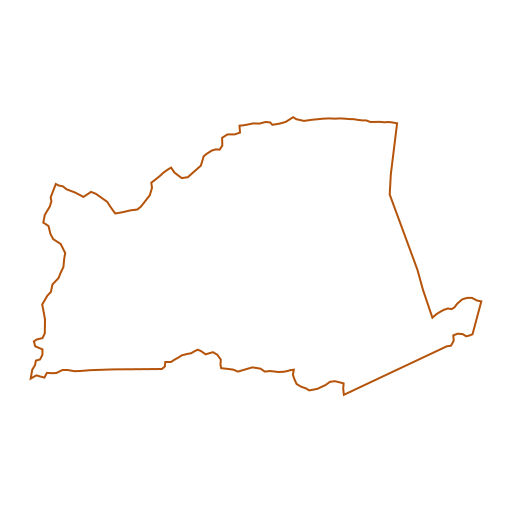 São José de Piranhas, Paraíba, Brazil (Robinson projection)
{"feature_id": "56859067B21073116856192", "entity_name": "São José de Piranhas", "entity_type": "district", "adm_level": 2, "iso_a3": "BRA", "parent_name": "Brazil", "parent_adm1": "Paraíba", "projection": "robinson", "projection_center": [-38.514, -7.094], "detail": "fine", "context": "isolated", "style": "outline", "palette": "amber", "viewbox_px": 512, "rotation_deg": 0, "n_neighbors": 0, "source": "geoboundaries", "source_scale": "gbopen_adm2", "svg_char_len": 2403}
<svg xmlns="http://www.w3.org/2000/svg" viewBox="0 0 512 512"><path d="M80.1,371.0L89.8,370.2L112.8,369.4L161.9,369.0L164.8,366.5L165.3,362.0L171.0,362.0L173.8,360.1L178.8,357.3L181.9,355.3L187.4,353.9L191.0,353.3L194.6,351.2L197.8,349.7L201.0,351.1L205.6,354.3L212.9,352.2L217.3,354.7L220.8,359.6L220.5,364.6L221.2,368.2L226.9,368.8L233.1,369.6L238.0,371.6L244.0,369.8L248.8,368.4L252.3,367.4L256.7,368.0L260.6,368.7L264.8,371.6L269.9,371.0L278.3,372.0L283.3,371.8L286.8,371.2L290.3,370.2L293.8,369.7L292.9,374.8L294.5,379.4L296.6,384.0L300.9,386.6L306.4,388.6L309.2,390.4L313.6,389.6L317.5,388.8L321.7,386.8L325.3,385.2L330.0,381.8L334.9,381.2L339.1,382.2L343.6,383.4L343.2,389.0L343.9,394.8L386.3,374.8L446.8,346.3L451.0,345.7L453.7,340.7L453.3,335.4L457.6,333.7L462.7,334.1L466.2,336.3L469.4,335.5L472.5,334.3L481.3,301.4L476.9,300.5L472.0,297.9L466.9,297.9L462.0,299.5L457.1,303.8L454.5,307.3L451.7,309.1L447.8,308.5L443.7,309.9L440.4,311.7L436.5,314.1L432.4,317.7L422.9,289.6L417.5,270.0L410.3,250.4L389.7,194.5L390.8,174.5L397.1,123.3L392.2,122.4L388.2,122.0L384.4,122.3L380.5,121.9L376.6,121.9L370.5,122.0L366.1,120.4L362.2,120.4L357.2,119.8L353.5,119.1L349.8,119.1L345.2,118.7L339.8,118.4L335.2,118.7L329.5,118.4L322.7,118.7L318.0,119.2L312.5,119.7L304.0,120.9L296.3,119.2L293.1,117.2L285.7,121.9L279.7,123.6L272.4,124.8L270.1,122.4L265.5,122.0L259.4,123.6L253.3,123.4L244.3,125.2L239.5,125.7L240.0,132.6L234.7,134.4L227.5,134.4L222.1,137.8L222.3,145.6L219.7,149.6L215.7,149.4L211.7,150.6L206.4,154.0L203.6,156.4L202.5,160.4L200.8,165.7L187.8,177.2L181.8,178.1L178.8,175.9L174.4,172.5L171.1,167.6L167.7,169.6L163.1,172.9L160.1,175.8L156.1,179.0L151.3,182.7L152.0,187.9L149.8,195.2L145.9,200.3L140.8,206.7L137.4,209.5L130.8,210.3L122.1,212.3L115.3,213.5L112.3,209.5L109.7,205.7L107.3,201.9L95.9,193.8L91.0,191.9L87.7,194.1L83.5,196.9L74.8,192.4L66.5,189.3L63.0,186.4L58.8,185.5L55.8,184.0L50.7,197.3L51.4,201.5L49.8,206.5L44.8,214.9L43.3,222.6L48.5,226.0L50.5,234.1L53.3,239.2L60.7,244.0L65.2,253.0L64.2,258.8L63.4,267.0L60.7,272.6L58.6,278.0L52.5,284.4L50.9,291.9L47.4,295.6L42.2,304.5L44.0,313.7L45.0,319.7L44.8,333.3L42.5,338.1L36.7,339.5L33.9,341.4L35.2,346.3L42.5,349.4L42.4,354.8L40.0,359.5L35.9,360.6L35.0,365.2L32.2,369.8L30.7,378.6L36.3,375.4L44.4,377.6L46.9,372.9L52.5,373.2L56.4,373.0L62.5,370.0L67.6,370.0L74.4,371.2L80.1,371.0Z" fill="none" stroke="#b45309" stroke-width="2"/></svg>